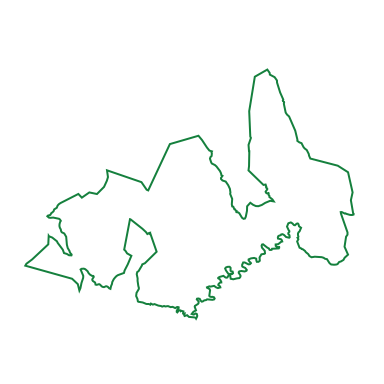 outline of San Juan Quiotepec, Oaxaca, Mexico, rotated 273°
{"feature_id": "50627088B77784683352212", "entity_name": "San Juan Quiotepec", "entity_type": "district", "adm_level": 2, "iso_a3": "MEX", "parent_name": "Mexico", "parent_adm1": "Oaxaca", "projection": "albers", "projection_center": [-96.65, 17.673], "detail": "fine", "context": "isolated", "style": "outline", "palette": "green", "viewbox_px": 384, "rotation_deg": 273, "n_neighbors": 0, "source": "geoboundaries", "source_scale": "gbopen_adm2", "svg_char_len": 5977}
<svg xmlns="http://www.w3.org/2000/svg" viewBox="0 0 384 384"><g transform="rotate(273 192 192)"><path d="M179.3,354.0L192.1,351.1L200.0,352.4L219.9,346.8L225.9,336.2L231.6,308.4L234.4,307.0L236.1,306.6L239.9,304.4L241.4,302.2L242.7,301.0L246.5,298.8L247.2,296.6L248.6,294.5L249.9,294.5L258.6,291.9L272.5,285.0L274.3,282.8L276.2,281.4L284.9,279.1L286.4,279.3L286.9,279.1L287.5,278.1L288.1,277.9L289.1,278.3L296.0,274.8L305.7,271.2L307.8,271.0L311.0,268.5L313.3,263.6L315.0,263.3L318.2,260.8L310.4,248.7L275.7,244.9L250.4,247.3L249.1,248.0L242.0,246.0L235.7,246.8L235.7,247.1L220.8,247.6L216.5,247.3L202.8,263.0L203.3,265.1L201.3,265.9L200.9,265.6L199.9,266.1L199.5,266.9L198.6,267.0L196.2,265.5L195.8,265.6L194.9,266.2L194.5,267.1L195.0,268.4L194.8,268.6L193.2,268.6L192.2,269.5L191.1,269.5L188.8,272.7L186.9,274.1L187.3,270.5L185.0,265.7L182.7,262.4L181.3,259.0L181.3,256.5L182.4,253.7L184.3,250.8L180.6,247.8L176.1,247.9L170.1,247.0L168.3,246.3L167.9,244.9L168.9,243.3L173.2,240.4L174.0,239.3L174.2,237.5L175.3,237.6L175.6,236.7L176.9,236.0L177.0,235.2L179.5,234.0L179.7,232.9L181.8,232.4L187.2,232.5L192.1,230.2L193.5,230.4L197.1,229.7L200.7,227.8L204.2,225.1L205.1,221.8L206.5,220.3L207.5,220.2L209.7,221.6L210.3,220.5L212.2,220.0L214.3,218.9L218.8,215.1L220.1,213.5L221.5,210.3L222.6,209.6L226.2,208.2L227.8,208.6L229.0,209.7L231.6,209.8L232.6,209.4L233.6,209.8L234.3,207.2L237.2,204.6L244.4,199.3L248.5,195.5L238.7,167.4L191.3,148.2L191.9,146.6L199.2,141.0L209.2,106.0L202.5,107.3L198.8,106.4L192.5,103.9L185.0,97.2L186.2,89.5L180.6,82.3L184.1,78.6L174.1,61.3L172.8,59.6L171.4,58.5L169.2,57.8L167.4,55.3L165.6,54.8L164.2,53.5L163.7,52.7L161.7,51.7L160.8,49.2L160.2,48.8L158.9,50.5L158.8,52.1L159.2,54.7L158.3,60.6L157.6,61.6L156.3,62.5L155.2,61.9L153.1,61.4L151.1,61.4L149.4,61.9L147.8,62.9L146.2,63.3L145.0,64.0L143.9,66.6L140.7,68.7L132.9,69.8L129.6,70.8L126.6,72.8L126.0,72.9L124.2,74.0L123.6,74.8L123.0,75.1L122.4,74.9L122.4,72.5L123.6,70.3L124.3,67.4L127.6,66.0L134.2,60.5L135.7,59.7L139.2,54.8L140.3,51.5L140.7,51.2L132.2,51.2L116.3,35.9L111.7,30.4L109.7,29.4L99.1,76.8L94.0,82.8L87.7,84.7L90.1,85.6L95.4,86.4L100.5,87.8L102.6,87.8L108.8,84.8L109.5,85.7L109.8,88.0L109.3,89.5L107.4,91.9L105.7,92.9L104.2,94.4L103.0,96.6L103.0,97.8L102.6,98.2L102.0,98.3L99.6,97.0L98.8,97.1L98.0,97.6L96.5,100.0L94.5,100.5L94.3,101.7L95.1,104.0L94.7,105.0L93.0,106.8L92.5,108.0L92.4,109.1L93.4,111.1L93.3,111.9L92.8,113.0L91.5,114.3L91.0,115.6L93.8,116.1L96.0,116.9L97.9,117.1L100.8,118.4L102.5,119.6L104.1,121.0L105.1,122.4L107.6,128.3L110.1,128.8L116.3,131.6L125.1,134.8L127.3,130.4L129.8,128.6L130.9,127.3L161.6,131.5L161.5,132.0L152.7,144.4L149.6,148.1L147.7,149.6L148.4,150.6L148.2,151.1L148.9,151.5L149.1,152.2L147.9,152.1L147.7,152.3L148.0,152.7L130.5,159.8L118.4,148.7L117.1,146.1L115.9,145.8L110.2,142.8L109.2,141.5L107.1,141.1L102.9,142.2L100.4,142.3L95.4,143.3L93.3,144.0L92.2,143.9L88.4,141.9L85.9,141.7L85.1,141.7L82.4,143.1L79.9,143.7L79.6,144.2L79.1,148.6L77.8,152.3L77.9,154.7L77.3,156.3L78.4,156.8L77.5,158.8L78.1,160.4L76.8,164.3L76.5,167.1L76.0,168.2L76.7,170.1L76.3,171.3L76.8,174.0L75.9,176.7L76.3,178.7L75.2,181.3L76.4,183.2L76.3,184.4L76.2,184.7L75.2,184.7L74.1,183.7L72.5,183.0L71.5,183.0L71.0,183.6L73.0,185.2L73.3,185.9L73.2,186.4L73.0,187.0L72.5,187.1L72.8,187.6L72.3,189.7L70.3,189.4L70.0,189.6L70.3,191.0L68.8,190.6L67.8,191.1L68.7,193.6L67.1,195.5L66.9,200.9L66.6,202.2L65.8,202.7L67.8,203.6L68.8,203.7L70.4,203.2L70.9,202.0L69.8,200.4L69.7,199.8L70.2,198.1L72.5,199.7L74.0,202.2L77.5,200.7L78.4,200.9L80.5,203.8L81.2,204.3L82.9,204.4L85.0,202.4L85.7,202.6L86.0,203.8L85.7,205.3L83.8,206.5L83.0,207.5L83.3,208.5L84.4,209.9L84.8,211.7L85.6,212.7L85.4,218.1L85.9,219.7L86.8,220.2L88.0,219.5L88.4,217.9L88.2,216.6L88.5,215.4L89.2,214.7L94.9,215.2L96.0,214.6L97.2,212.0L97.6,211.9L98.7,214.2L98.5,215.5L99.4,219.0L98.0,221.1L97.4,222.9L98.2,225.3L99.1,225.0L100.6,223.1L101.6,223.4L103.0,224.7L103.2,226.0L104.0,225.9L106.3,224.4L107.2,222.7L107.7,222.7L108.6,223.9L109.9,227.8L108.7,229.4L108.2,230.6L108.5,231.8L111.8,233.5L112.4,232.4L115.6,229.9L117.4,229.1L118.4,229.8L119.1,231.3L119.3,233.5L118.3,234.5L115.5,234.6L114.6,235.5L114.7,236.7L114.3,236.9L113.0,237.2L112.2,236.4L112.2,234.7L110.0,234.6L107.4,235.2L107.0,237.8L108.1,241.4L108.5,243.8L109.5,244.6L110.7,244.9L111.3,244.7L113.7,242.9L114.5,242.9L115.2,243.4L115.7,245.4L115.4,248.8L116.2,250.5L117.0,250.8L119.0,249.1L120.0,246.4L120.5,246.0L121.9,245.9L124.3,246.8L124.4,248.3L122.7,252.2L122.9,253.6L124.0,254.6L124.4,254.4L125.4,253.1L127.0,252.0L127.7,252.1L128.8,254.4L129.4,257.5L128.8,259.6L126.8,259.9L125.7,260.4L125.8,262.1L126.9,263.3L130.2,262.9L133.4,264.6L134.1,267.7L134.5,268.1L137.1,267.7L140.1,264.8L142.0,264.3L143.2,264.7L143.5,265.7L140.4,270.1L139.6,271.8L138.5,272.3L138.2,272.9L138.4,274.5L139.5,274.9L140.2,281.6L140.9,282.0L141.6,281.9L141.5,280.6L141.8,279.3L142.6,278.4L144.0,278.3L144.4,280.8L146.9,283.6L147.3,284.7L148.6,284.2L149.5,283.3L150.0,280.3L151.2,280.1L152.3,280.4L152.8,281.0L153.6,282.9L154.3,283.3L154.6,284.7L153.8,286.3L152.0,288.3L151.5,290.9L151.5,291.6L151.9,291.9L153.9,291.6L155.1,290.4L156.0,290.3L157.4,291.3L158.2,291.2L158.8,290.6L162.4,288.7L165.7,289.8L166.0,290.3L166.8,292.3L165.9,293.9L164.4,295.4L164.2,296.0L164.2,296.6L165.7,298.0L166.1,298.8L166.0,299.5L165.4,300.0L163.3,300.7L162.0,302.8L158.4,301.5L157.2,300.4L155.9,300.0L154.5,300.1L152.9,300.6L152.1,300.3L151.8,299.8L150.5,300.7L148.1,299.6L142.0,302.3L141.3,304.2L140.8,304.5L140.7,305.5L139.1,307.9L137.9,308.8L136.0,311.4L134.2,312.6L133.1,314.8L133.8,318.0L133.7,324.9L133.2,326.9L132.3,328.3L132.0,330.3L128.1,333.1L126.9,334.8L126.8,337.7L127.1,339.8L127.6,341.1L129.8,342.6L130.4,344.3L132.1,346.8L134.4,347.9L137.6,351.1L145.3,347.2L155.4,348.2L157.5,349.5L159.8,349.4L178.2,341.9L179.7,341.6L179.8,342.6L178.4,345.9L178.7,346.4L178.2,347.5L177.4,351.0L177.4,353.0L177.9,354.5L178.6,354.6L179.3,354.0Z" fill="none" stroke="#15803d" stroke-width="2"/></g></svg>